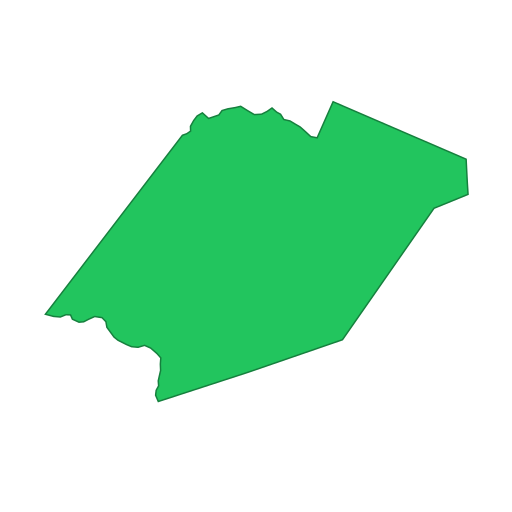 Pendências, Rio Grande do Norte, Brazil (Albers equal-area conic projection), rotated 293°
{"feature_id": "56859067B61214464369559", "entity_name": "Pendências", "entity_type": "district", "adm_level": 2, "iso_a3": "BRA", "parent_name": "Brazil", "parent_adm1": "Rio Grande do Norte", "projection": "albers", "projection_center": [-36.63, -5.294], "detail": "fine", "context": "isolated", "style": "filled", "palette": "green", "viewbox_px": 512, "rotation_deg": 293, "n_neighbors": 0, "source": "geoboundaries", "source_scale": "gbopen_adm2", "svg_char_len": 956}
<svg xmlns="http://www.w3.org/2000/svg" viewBox="0 0 512 512"><g transform="rotate(293 256 256)"><path d="M427.2,411.6L428.1,266.7L388.7,266.1L387.3,259.8L389.7,253.1L392.0,246.3L392.7,240.8L393.6,234.5L392.5,228.3L396.1,223.2L396.5,218.8L398.5,212.9L393.4,209.7L388.7,205.7L385.5,199.2L386.6,190.9L387.8,183.4L384.5,178.9L380.5,172.6L376.6,167.9L371.3,166.7L367.9,162.9L364.1,158.6L366.8,150.7L361.9,147.1L356.3,145.7L349.8,145.0L345.4,147.0L341.5,144.5L338.4,141.1L120.1,84.9L121.3,93.3L123.4,99.7L127.7,104.0L129.3,108.3L126.1,111.7L125.9,118.9L128.1,123.1L132.1,126.4L137.3,131.2L139.1,138.4L136.9,143.5L132.1,146.6L125.9,157.0L124.5,162.0L123.9,171.4L123.9,176.9L125.9,183.1L130.2,188.3L130.1,195.0L127.5,203.0L125.0,208.2L119.1,210.2L113.4,212.9L102.9,214.8L98.4,217.1L93.4,216.6L88.6,218.0L83.9,222.9L146.4,294.7L212.7,368.3L369.5,401.2L395.6,427.1L405.8,422.0L410.7,419.6L427.2,411.6Z" fill="#22c55e" stroke="#15803d" stroke-width="1.5"/></g></svg>